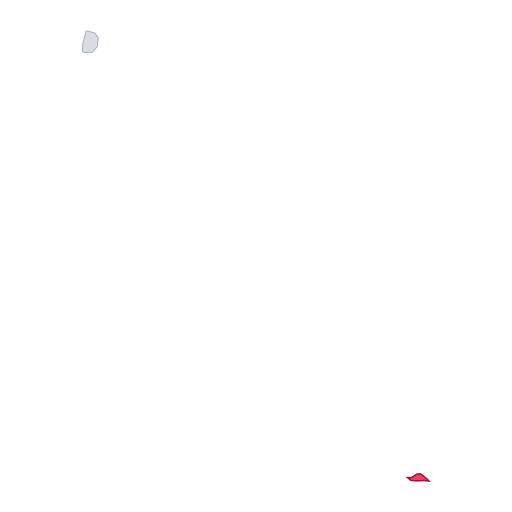 Mitiaro on a map of Cook Islands (Natural Earth projection), rotated 92°
{"feature_id": "COK-4954", "entity_name": "Mitiaro", "entity_type": "state/province", "adm_level": 1, "iso_a3": "COK", "parent_name": "Cook Islands", "parent_adm1": "", "projection": "natural_earth1", "projection_center": [-157.722, -19.812], "detail": "fine", "context": "in_parent", "style": "filled", "palette": "rose", "viewbox_px": 512, "rotation_deg": 92, "n_neighbors": 0, "source": "natural_earth", "source_scale": "10m", "svg_char_len": 496}
<svg xmlns="http://www.w3.org/2000/svg" viewBox="0 0 512 512"><g transform="rotate(92 256 256)"><path d="M57.8,436.6L51.3,436.7L42.9,434.9L37.5,433.9L36.9,431.7L39.0,424.7L43.4,421.3L52.1,421.8L58.0,426.6L58.6,434.5L57.8,436.6Z" fill="#d9dde1" stroke="#a8b0b8" stroke-width="1"/><path d="M474.9,75.3L474.5,80.5L475.1,87.2L474.9,93.4L472.1,96.9L472.1,93.6L471.1,91.2L469.7,89.6L468.4,87.8L467.9,84.4L468.9,82.5L473.4,76.8L474.9,75.3Z" fill="#f43f5e" stroke="#9f1239" stroke-width="1.5"/></g></svg>